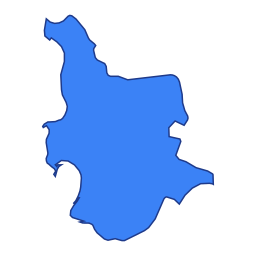 Oristrano, orthographic projection
{"feature_id": "ITA-5373", "entity_name": "Oristrano", "entity_type": "Province", "adm_level": 1, "iso_a3": "ITA", "parent_name": "Italy", "parent_adm1": "", "projection": "orthographic", "projection_center": [8.647, 40.028], "detail": "fine", "context": "isolated", "style": "filled", "palette": "blue", "viewbox_px": 256, "rotation_deg": 0, "n_neighbors": 0, "source": "natural_earth", "source_scale": "10m", "svg_char_len": 1803}
<svg xmlns="http://www.w3.org/2000/svg" viewBox="0 0 256 256"><path d="M79.9,222.0L83.7,221.1L72.5,217.5L70.3,215.3L70.8,210.5L73.7,205.6L77.1,201.3L79.2,197.8L77.8,197.8L77.0,199.8L76.0,201.4L74.8,202.7L73.3,203.6L75.8,200.8L78.2,196.0L80.0,190.9L80.7,187.1L81.4,178.0L81.0,174.8L79.2,170.6L74.5,164.9L68.1,161.0L61.3,160.5L55.3,164.8L56.8,166.5L57.5,165.0L58.5,164.8L59.7,164.9L61.4,164.8L58.9,166.5L57.3,169.2L55.3,176.4L53.8,174.3L55.7,171.1L54.3,168.7L51.6,166.7L48.3,163.7L47.7,163.5L47.2,163.0L46.4,160.9L46.2,158.6L46.8,156.8L47.6,155.0L47.9,153.1L46.2,142.6L46.4,139.3L49.1,133.3L49.2,129.7L46.5,125.7L43.3,127.5L42.7,126.4L44.3,124.1L48.0,121.9L48.7,122.0L55.3,121.6L59.1,120.1L60.7,119.8L62.6,118.4L64.9,115.0L66.7,110.6L67.3,106.4L66.2,102.5L62.4,94.9L61.5,89.7L60.8,74.7L64.4,61.5L64.4,53.0L61.5,46.6L56.8,41.8L51.3,37.9L49.7,40.0L44.9,36.0L44.4,30.3L46.3,18.8L50.2,22.1L54.6,23.4L59.2,22.9L63.5,20.9L68.1,16.2L69.8,15.4L71.8,15.8L76.0,19.0L84.8,29.7L88.4,38.0L89.7,40.0L94.3,43.8L95.7,45.5L93.7,48.7L93.6,50.4L95.3,57.6L97.3,60.0L104.7,63.6L106.2,66.4L106.8,72.8L108.2,75.3L110.5,76.3L118.3,76.3L127.7,79.8L170.4,74.8L172.5,75.0L174.5,75.7L176.5,77.0L178.3,79.2L179.5,82.1L182.1,94.3L182.6,102.9L184.8,110.6L187.7,116.1L188.0,118.1L187.5,120.0L184.1,125.3L175.1,121.0L168.8,127.7L169.1,136.6L179.9,139.0L180.8,141.4L175.8,155.3L179.1,159.4L185.9,161.7L196.1,167.7L207.6,171.0L212.4,173.8L212.8,174.2L213.0,174.7L213.3,184.3L212.4,183.8L209.5,183.3L200.6,183.7L192.3,188.1L185.0,195.2L179.3,204.1L174.4,199.4L166.6,196.9L165.6,197.2L164.8,197.8L163.9,198.9L155.2,218.9L148.6,227.6L144.5,230.6L124.4,240.6L122.0,240.6L115.2,238.7L108.0,240.2L104.4,239.0L97.1,232.8L94.6,229.3L92.9,225.3L91.9,224.3L89.1,223.1L82.8,223.0L79.9,222.0Z" fill="#3b82f6" stroke="#1e3a8a" stroke-width="1.5"/></svg>